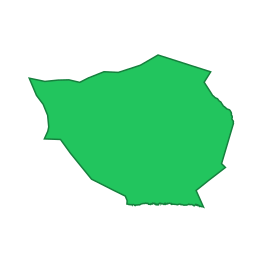 the district of Cagaan-Ovoo, Dornod, Mongolia, rotated 7°
{"feature_id": "93677404B5837746679690", "entity_name": "Cagaan-Ovoo", "entity_type": "district", "adm_level": 2, "iso_a3": "MNG", "parent_name": "Mongolia", "parent_adm1": "Dornod", "projection": "natural_earth1", "projection_center": [113.488, 48.428], "detail": "fine", "context": "isolated", "style": "filled", "palette": "green", "viewbox_px": 256, "rotation_deg": 7, "n_neighbors": 0, "source": "geoboundaries", "source_scale": "gbopen_adm2", "svg_char_len": 4912}
<svg xmlns="http://www.w3.org/2000/svg" viewBox="0 0 256 256"><g transform="rotate(7 128 128)"><path d="M23.9,90.6L33.2,106.8L40.9,114.8L46.7,125.2L49.2,136.6L48.8,141.0L46.3,149.0L62.4,147.6L74.1,160.2L98.0,183.2L121.0,191.5L133.6,195.9L136.0,200.2L136.2,203.6L136.8,203.6L137.8,203.8L138.1,203.8L138.3,203.9L138.5,203.9L138.8,203.7L139.0,203.8L139.6,203.9L139.9,203.8L140.1,203.6L140.4,203.6L140.7,203.6L141.0,203.6L141.3,203.8L141.6,204.1L141.7,203.8L141.8,203.6L142.0,203.4L142.5,203.4L142.8,203.3L143.0,203.3L143.7,203.6L143.8,203.7L144.1,204.0L144.4,204.1L144.7,204.1L144.9,204.0L145.0,203.9L145.1,203.7L145.2,203.4L145.3,203.3L145.6,203.4L146.3,203.3L146.7,203.3L146.9,203.2L147.2,203.0L147.3,203.0L147.5,203.1L147.8,202.9L148.0,202.8L148.3,202.8L148.7,202.9L148.9,202.9L149.1,202.8L149.3,202.6L149.6,202.3L149.7,202.2L149.8,202.1L150.0,202.1L150.2,201.9L150.6,201.6L151.3,201.5L151.6,201.3L151.8,201.2L152.2,201.0L152.3,201.0L152.8,201.1L153.1,201.0L153.3,200.9L153.6,200.9L153.9,200.9L154.0,200.9L154.2,200.7L154.3,200.5L154.4,200.4L154.6,200.4L155.2,200.4L155.6,200.6L155.9,200.6L156.1,200.6L156.4,200.5L156.5,200.4L156.8,200.3L157.1,200.4L157.2,200.7L157.3,200.8L157.7,201.2L158.0,201.2L158.3,201.2L158.6,201.1L159.2,201.0L159.3,201.1L159.5,201.1L159.8,201.2L160.0,201.1L160.1,200.9L160.1,200.4L160.3,200.3L160.8,200.4L161.1,200.5L161.3,200.5L161.3,200.4L161.4,200.0L161.4,199.9L161.5,199.7L161.9,199.5L162.0,199.5L162.6,199.8L162.9,200.0L163.1,200.0L163.2,199.9L163.3,199.7L163.5,199.5L163.9,199.5L164.0,199.6L164.2,200.0L164.2,200.4L164.5,200.6L164.8,200.7L165.1,200.5L165.1,200.3L165.3,200.2L165.5,200.1L165.8,200.2L165.9,200.3L166.0,200.6L166.1,200.8L166.4,200.7L166.5,200.3L166.8,200.5L167.0,200.6L167.5,200.6L167.8,200.4L167.8,200.1L167.7,199.8L167.8,199.6L168.0,199.2L168.4,199.0L168.6,198.8L168.8,198.7L169.2,198.7L169.5,198.8L169.8,198.9L169.9,199.1L170.0,199.4L170.1,199.2L170.3,199.0L170.5,198.9L170.8,198.9L171.0,198.9L171.3,199.0L171.6,199.1L171.8,199.2L172.4,199.2L172.6,199.2L172.9,199.5L173.1,199.5L173.3,199.4L173.4,199.2L173.4,198.8L173.4,198.7L173.5,198.6L173.9,198.9L174.0,199.1L174.3,199.3L174.5,199.3L174.7,199.0L174.7,198.9L174.8,198.7L174.7,198.5L174.5,198.2L174.8,198.2L174.9,198.3L175.0,198.5L175.4,198.7L175.9,198.8L176.1,198.7L176.3,198.5L176.4,198.2L176.5,198.0L176.9,198.2L177.1,198.1L177.5,198.0L177.9,197.7L178.2,197.6L178.5,197.6L178.8,197.6L179.3,197.9L179.6,197.9L180.1,197.6L180.4,197.7L180.6,197.8L180.7,198.1L180.6,198.4L180.6,198.5L180.8,198.5L181.1,198.4L181.3,198.3L181.6,198.1L181.8,198.1L182.3,198.1L182.5,198.1L183.0,198.1L183.3,198.0L183.5,198.1L183.9,198.1L184.0,198.1L184.6,198.0L185.0,198.0L185.7,198.1L186.1,198.2L186.3,198.1L186.7,198.1L186.9,197.9L187.0,197.8L187.1,197.7L187.5,197.7L188.0,197.4L188.3,197.3L189.0,197.2L189.3,197.3L189.5,197.4L189.6,197.5L189.8,197.7L190.2,197.7L190.3,197.6L190.8,197.3L191.0,197.4L191.3,197.5L191.9,197.6L192.4,197.7L192.9,197.8L193.2,197.7L194.5,197.5L194.7,197.4L195.4,197.4L195.5,197.4L195.8,197.2L196.0,197.1L196.5,197.0L197.0,196.7L197.3,196.5L197.5,196.3L197.6,196.2L197.8,196.2L198.0,196.3L198.4,196.5L198.6,196.5L198.9,196.5L199.0,196.4L199.6,196.4L200.3,196.2L200.9,196.2L201.1,196.2L201.5,196.5L202.1,196.6L202.4,196.7L202.5,196.8L202.7,197.0L202.8,197.1L203.1,197.1L203.3,197.1L203.5,197.0L203.8,196.7L204.1,196.3L204.1,196.1L204.3,195.7L204.5,195.5L205.0,195.5L205.3,195.9L205.3,196.1L205.5,196.3L205.7,196.2L205.9,196.0L206.2,195.8L206.3,195.7L206.6,195.7L206.7,195.8L206.8,196.0L206.7,196.5L206.9,196.6L207.2,196.4L207.7,196.3L208.0,196.3L208.4,196.5L208.5,196.6L208.4,197.0L208.5,197.2L208.9,197.1L209.1,197.0L209.5,196.9L209.9,196.9L210.2,197.0L210.3,197.1L210.5,197.1L210.9,197.1L211.3,197.1L211.6,197.0L211.9,197.0L212.5,197.2L203.2,181.7L214.2,170.4L229.5,155.3L225.2,152.0L232.0,111.2L232.1,110.8L231.9,110.0L231.8,109.6L231.8,109.2L231.8,108.8L231.8,108.5L231.5,108.1L231.0,107.6L230.4,107.0L230.3,106.8L230.2,106.5L230.0,105.9L230.0,105.6L230.2,104.9L230.1,104.3L230.0,103.8L229.8,103.3L229.7,103.2L229.4,103.0L229.2,102.8L229.1,102.6L229.0,102.3L229.0,102.1L229.0,101.9L228.9,101.5L228.9,101.3L228.9,101.0L228.8,100.8L228.8,100.7L228.7,100.4L228.4,99.8L228.0,99.3L227.7,98.9L227.5,98.6L227.1,98.1L226.2,97.5L225.9,97.4L225.7,97.4L225.1,97.3L224.3,97.1L223.4,96.8L222.9,96.4L222.8,96.2L222.6,96.1L222.0,95.7L221.5,95.5L221.3,95.2L221.0,95.1L220.7,94.9L220.4,94.8L219.9,94.5L219.2,93.7L219.1,93.4L218.9,93.2L218.5,92.8L217.9,92.2L217.7,91.9L217.4,91.4L217.0,91.0L216.7,90.7L216.3,90.5L216.0,90.5L215.8,90.4L215.5,90.2L215.1,89.9L214.6,89.4L214.1,89.0L213.8,88.5L213.2,88.1L212.9,87.9L212.5,87.8L212.3,87.7L211.5,87.6L211.2,87.5L210.9,87.3L210.4,87.0L210.0,86.7L209.0,85.9L208.4,85.6L208.0,85.4L205.7,82.5L198.0,73.3L203.2,62.2L148.9,51.9L132.6,64.2L111.6,74.0L97.3,75.1L82.8,83.0L74.5,88.6L63.5,87.4L52.7,89.0L39.8,91.9L23.9,90.6Z" fill="#22c55e" stroke="#15803d" stroke-width="1.5"/></g></svg>